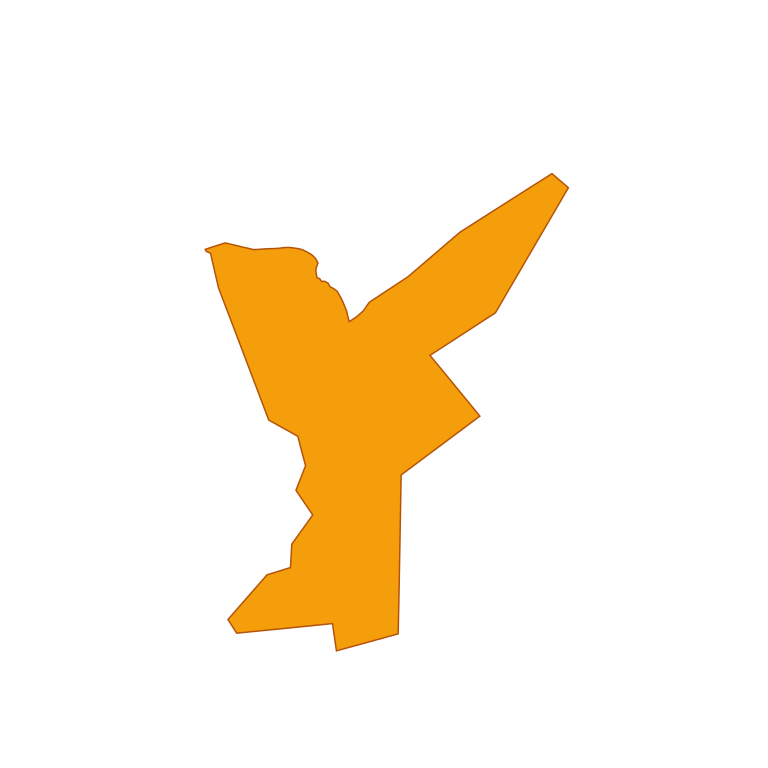 outline of São José do Peixe, Piauí, Brazil, rotated 235°
{"feature_id": "56859067B40995132660641", "entity_name": "São José do Peixe", "entity_type": "district", "adm_level": 2, "iso_a3": "BRA", "parent_name": "Brazil", "parent_adm1": "Piauí", "projection": "mercator", "projection_center": [-42.491, -7.517], "detail": "fine", "context": "isolated", "style": "filled", "palette": "amber", "viewbox_px": 768, "rotation_deg": 235, "n_neighbors": 0, "source": "geoboundaries", "source_scale": "gbopen_adm2", "svg_char_len": 1071}
<svg xmlns="http://www.w3.org/2000/svg" viewBox="0 0 768 768"><g transform="rotate(235 384 384)"><path d="M557.7,303.6L506.1,290.6L420.5,268.9L392.9,282.3L390.6,283.4L379.6,279.3L362.1,272.9L347.4,250.9L317.6,250.5L305.7,216.6L287.3,202.1L294.8,178.8L280.6,121.1L264.4,120.4L223.7,192.9L217.3,204.4L192.7,192.0L171.2,252.3L206.6,278.2L299.7,345.9L302.7,444.1L350.4,440.5L352.7,440.3L381.1,438.1L378.4,516.1L439.0,647.6L451.5,644.4L460.0,642.3L462.1,595.9L464.8,533.5L458.1,465.1L459.4,418.8L457.9,414.7L455.9,409.5L455.4,406.1L454.8,400.2L455.0,391.3L459.9,393.0L464.8,395.1L470.9,396.6L479.2,398.2L487.2,398.8L491.3,397.3L494.7,395.6L498.8,396.0L502.2,394.3L503.7,391.8L507.1,391.7L509.6,390.1L516.3,393.3L518.2,395.4L521.1,399.4L526.1,399.9L530.2,399.2L532.7,398.4L536.8,396.4L540.4,394.4L543.3,392.2L546.8,388.5L549.3,385.8L550.8,383.9L553.4,379.8L555.4,375.9L558.0,371.6L561.5,366.4L567.8,355.9L569.1,354.0L573.5,350.2L576.3,347.6L590.7,334.8L595.0,321.0L596.8,314.8L594.5,314.5L590.7,316.9L557.7,303.6Z" fill="#f59e0b" stroke="#b45309" stroke-width="1.5"/></g></svg>